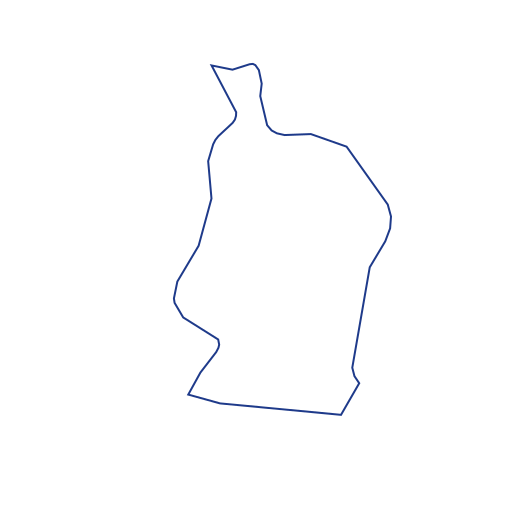 the border of Westminster, rotated 52°
{"feature_id": "GBR-2080", "entity_name": "Westminster", "entity_type": "London Borough (city)", "adm_level": 1, "iso_a3": "GBR", "parent_name": "United Kingdom", "parent_adm1": "", "projection": "orthographic", "projection_center": [-0.168, 51.508], "detail": "fine", "context": "isolated", "style": "outline", "palette": "blue", "viewbox_px": 512, "rotation_deg": 52, "n_neighbors": 0, "source": "natural_earth", "source_scale": "10m", "svg_char_len": 727}
<svg xmlns="http://www.w3.org/2000/svg" viewBox="0 0 512 512"><g transform="rotate(52 256 256)"><path d="M377.1,346.4L350.0,375.1L323.5,394.7L313.6,371.5L307.2,346.5L305.2,342.1L303.2,339.6L298.5,337.2L259.6,351.2L242.8,349.0L238.9,346.8L227.7,333.7L212.6,294.9L183.3,255.7L151.8,235.3L141.6,221.0L139.5,216.5L138.4,211.9L136.7,192.4L135.5,188.6L133.3,185.5L130.5,183.1L78.5,173.7L94.7,159.8L101.0,142.9L102.7,140.2L105.2,139.0L111.3,139.3L123.7,145.4L132.6,154.2L159.8,166.7L166.7,166.4L172.2,164.0L178.3,159.0L193.7,137.7L225.6,117.3L296.6,120.5L308.0,125.3L316.8,133.3L324.0,145.1L334.9,173.3L403.3,248.9L411.3,252.4L419.8,253.0L433.5,286.8L377.8,345.7L377.1,346.4Z" fill="none" stroke="#1e3a8a" stroke-width="2"/></g></svg>